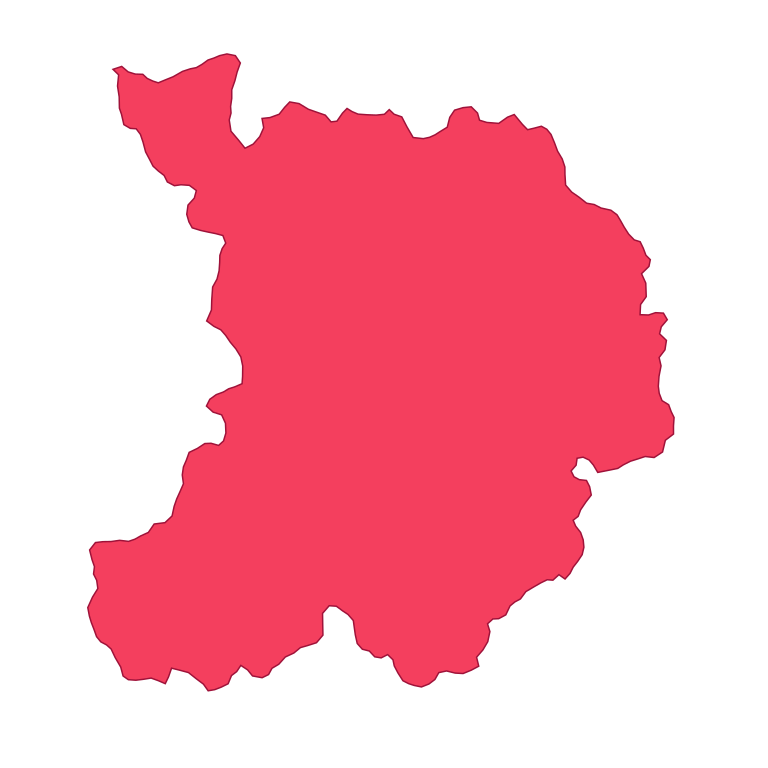 Frei Gaspar, Minas Gerais, Brazil (Robinson projection), rotated 184°
{"feature_id": "56859067B78041749577880", "entity_name": "Frei Gaspar", "entity_type": "district", "adm_level": 2, "iso_a3": "BRA", "parent_name": "Brazil", "parent_adm1": "Minas Gerais", "projection": "robinson", "projection_center": [-41.496, -18.141], "detail": "fine", "context": "isolated", "style": "filled", "palette": "rose", "viewbox_px": 768, "rotation_deg": 184, "n_neighbors": 0, "source": "geoboundaries", "source_scale": "gbopen_adm2", "svg_char_len": 4173}
<svg xmlns="http://www.w3.org/2000/svg" viewBox="0 0 768 768"><g transform="rotate(184 384 384)"><path d="M660.8,205.7L666.1,197.9L663.0,188.4L660.1,181.6L660.5,174.2L656.9,168.1L655.2,160.0L659.9,151.1L663.9,140.3L661.7,131.9L659.3,125.6L656.1,118.8L653.1,111.9L648.5,107.0L642.6,104.4L637.7,100.6L633.1,92.4L626.9,83.3L623.9,74.5L618.4,71.2L610.9,71.2L603.6,72.6L595.8,74.4L588.4,72.3L581.3,69.8L578.5,76.9L576.1,85.7L568.1,84.3L558.9,82.5L550.9,77.0L543.2,72.0L538.0,65.7L531.5,67.3L525.3,70.2L518.6,74.1L515.8,82.5L510.9,86.8L507.2,93.3L500.1,89.3L494.8,83.6L485.1,82.5L478.9,86.1L475.9,92.6L469.4,97.1L463.4,104.8L455.1,109.4L449.0,115.2L442.1,117.7L433.3,121.2L427.4,129.2L428.3,139.2L429.3,150.9L423.2,159.0L416.0,159.0L409.3,154.7L403.8,151.6L398.1,145.9L396.7,139.2L395.1,131.7L392.6,123.3L387.1,117.9L380.0,116.6L374.2,111.2L367.7,110.6L361.5,114.3L355.8,109.5L354.1,103.5L349.9,96.7L344.4,89.3L338.5,86.8L332.9,85.4L325.5,84.4L318.2,87.9L312.6,92.8L309.2,99.9L301.6,102.1L292.9,100.6L284.9,100.7L277.0,104.6L269.8,109.1L272.6,117.9L266.8,125.6L262.5,134.2L261.1,144.4L264.0,152.0L259.0,157.2L253.2,157.9L246.4,162.2L242.8,171.4L238.3,175.7L232.9,179.1L228.0,186.8L220.2,192.2L213.8,196.5L207.6,200.1L201.8,200.1L196.2,206.0L189.8,202.1L185.2,208.1L182.5,214.5L178.4,220.6L174.4,227.6L173.2,235.1L174.4,242.4L177.5,249.6L182.9,255.6L185.8,261.3L181.1,265.5L179.1,272.2L174.4,280.3L169.5,287.7L171.7,295.9L175.3,301.9L182.5,302.2L188.0,304.7L191.3,310.3L186.7,316.4L186.2,323.4L180.3,324.9L174.1,322.5L169.5,317.8L164.6,310.7L152.8,313.9L144.9,316.1L139.7,320.0L132.9,324.1L125.5,327.0L118.4,329.9L109.4,329.5L101.4,335.6L99.4,347.5L91.7,354.3L92.3,362.4L92.3,370.8L95.6,376.5L98.6,383.2L105.5,386.8L108.8,393.9L110.2,400.9L110.2,410.8L108.9,421.4L111.4,429.6L106.1,437.7L105.3,447.2L112.6,453.3L111.4,460.4L105.9,467.9L110.2,474.2L118.1,474.1L124.9,471.3L133.4,471.0L133.6,481.2L128.5,489.4L129.9,502.9L134.8,512.0L127.9,519.8L127.0,526.6L131.7,530.7L134.8,537.5L138.4,543.8L144.4,545.2L150.4,550.6L155.4,557.3L159.4,563.4L163.3,569.0L169.8,573.2L179.8,574.7L186.8,577.7L194.5,578.5L202.2,583.8L210.1,588.5L216.7,595.1L218.1,605.7L218.7,613.1L221.9,620.9L227.1,628.4L230.7,636.4L234.8,644.6L239.4,649.5L245.0,652.1L252.0,649.7L258.5,647.7L264.1,652.7L268.3,657.1L272.9,661.9L279.4,658.8L287.7,652.0L299.7,652.1L307.1,653.8L309.6,660.8L316.3,666.6L324.4,665.2L332.7,662.1L337.0,654.6L338.8,644.6L345.8,639.6L350.5,636.1L355.7,633.3L361.9,631.5L372.1,631.9L379.1,642.2L384.9,651.7L392.7,653.8L397.9,658.1L402.4,653.1L410.5,651.7L419.5,651.4L428.7,651.4L434.8,653.5L440.1,656.3L444.3,651.3L449.3,642.9L455.1,641.8L461.3,648.1L470.6,650.6L478.6,652.8L488.3,657.8L497.7,658.8L502.4,653.1L507.4,645.8L516.4,641.8L524.2,640.4L521.9,631.2L525.2,622.1L531.2,614.2L539.1,609.5L546.0,617.0L554.3,625.5L556.8,636.6L555.5,643.6L556.4,650.2L555.8,658.3L556.4,666.9L553.9,676.1L552.3,684.9L549.7,694.2L555.2,701.2L563.7,702.3L570.9,700.1L576.4,697.3L582.2,694.9L587.8,690.2L593.3,686.5L599.2,684.9L606.8,681.8L615.8,675.8L624.0,671.8L630.2,668.7L635.8,670.1L641.5,672.3L646.2,676.1L653.7,675.8L661.0,677.5L667.8,682.5L676.3,679.0L670.3,673.9L670.6,662.6L668.2,652.0L667.2,640.7L664.7,634.8L661.6,624.6L654.9,621.3L649.0,621.3L644.4,616.0L641.3,608.6L638.0,598.9L633.4,591.5L629.6,585.2L623.8,580.6L617.9,576.7L614.2,570.4L606.9,567.2L600.4,568.6L592.0,568.6L584.7,563.9L586.2,556.2L592.0,548.8L592.6,539.5L589.9,532.1L586.2,526.4L577.6,524.4L570.2,523.3L562.5,522.3L555.1,520.9L551.7,513.5L554.9,507.8L556.7,500.9L556.4,493.6L556.4,485.4L557.9,477.0L561.7,468.8L561.7,456.0L561.3,445.8L565.3,434.5L557.6,429.6L550.6,426.7L545.3,421.4L540.1,414.8L534.2,408.7L528.7,401.0L526.2,392.1L525.6,381.5L525.6,374.4L533.0,370.6L538.6,368.4L543.7,364.8L550.6,361.7L556.7,356.6L559.6,349.6L552.5,344.0L543.8,341.9L539.4,333.8L538.3,324.1L540.1,316.0L544.7,311.2L552.4,312.8L558.6,312.1L565.7,306.7L573.6,302.2L575.9,294.1L578.3,287.3L578.9,279.2L577.1,270.5L579.8,262.9L582.8,254.8L584.8,247.3L586.2,237.6L592.8,230.4L603.5,228.3L608.7,219.5L616.1,215.5L621.7,211.8L627.8,209.2L636.8,209.6L645.3,207.8L653.4,207.1L660.8,205.7Z" fill="#f43f5e" stroke="#9f1239" stroke-width="1.5"/></g></svg>